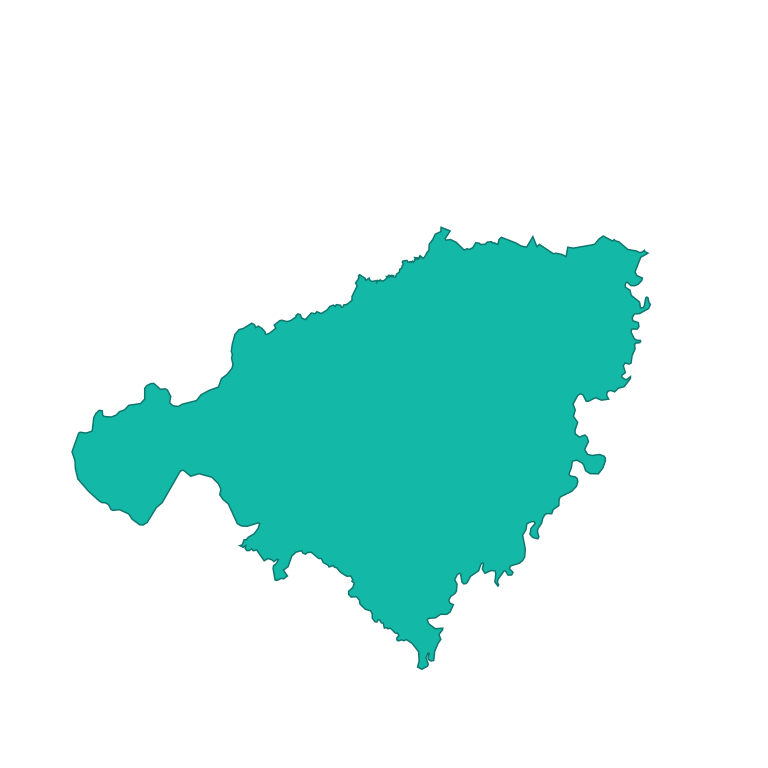 the district of Wiang Sa, Surat Thani, Thailand, rotated 213°
{"feature_id": "78962969B32749980960035", "entity_name": "Wiang Sa", "entity_type": "district", "adm_level": 2, "iso_a3": "THA", "parent_name": "Thailand", "parent_adm1": "Surat Thani", "projection": "natural_earth1", "projection_center": [99.354, 8.589], "detail": "fine", "context": "isolated", "style": "filled", "palette": "teal", "viewbox_px": 768, "rotation_deg": 213, "n_neighbors": 0, "source": "geoboundaries", "source_scale": "gbopen_adm2", "svg_char_len": 6171}
<svg xmlns="http://www.w3.org/2000/svg" viewBox="0 0 768 768"><g transform="rotate(213 384 384)"><path d="M201.7,164.9L196.9,165.4L193.8,171.0L194.3,173.1L199.9,177.4L200.5,182.5L199.2,182.7L198.1,178.5L196.5,177.2L194.0,177.2L191.7,179.2L195.8,187.1L197.4,195.5L197.3,200.8L201.5,203.8L201.0,209.6L201.7,211.2L207.7,206.7L216.0,207.3L219.4,209.8L218.9,211.7L213.4,216.1L211.2,221.6L205.9,225.0L204.4,228.7L205.6,236.7L209.6,236.2L212.1,238.2L212.2,242.4L210.4,247.2L210.4,249.6L213.7,255.8L218.2,258.5L218.7,264.1L217.8,266.2L216.5,266.6L210.8,260.4L208.3,259.8L206.6,261.2L206.1,263.1L206.7,269.9L202.9,278.9L204.6,285.4L203.7,287.7L202.6,287.4L200.7,282.3L196.2,280.2L192.6,285.9L189.0,287.8L186.8,285.6L183.1,278.3L178.4,276.6L178.4,277.9L180.9,279.5L182.0,282.1L181.5,292.7L180.4,293.4L175.8,291.3L172.9,293.4L173.2,296.3L178.2,297.4L178.9,300.3L172.9,307.3L171.7,310.9L171.7,315.3L175.5,322.4L185.3,332.6L185.7,339.4L188.1,344.7L185.2,349.0L182.8,350.4L181.3,349.1L182.1,342.9L179.7,337.4L175.6,336.3L170.6,338.0L170.9,340.2L174.6,343.4L176.1,346.3L176.0,353.1L177.7,357.8L177.9,361.7L176.8,364.1L172.7,366.5L173.7,370.9L171.1,377.2L174.1,382.2L174.7,385.2L168.1,396.4L166.9,403.0L168.2,407.6L170.6,410.0L173.3,410.2L177.3,408.4L179.7,408.9L181.4,416.2L184.0,421.8L180.7,425.2L175.0,425.7L172.3,424.8L167.7,421.1L162.5,421.0L155.3,425.4L154.7,432.8L156.5,440.2L158.1,442.5L160.2,443.3L164.8,442.3L170.5,437.4L174.8,435.8L180.1,438.4L181.2,447.1L184.6,449.9L187.7,450.7L191.3,445.9L196.6,446.4L198.6,449.3L200.7,457.3L207.4,460.0L209.5,466.4L214.5,470.1L215.3,479.9L214.1,482.7L211.2,483.3L205.0,479.6L203.1,480.9L199.2,487.7L192.8,488.9L187.3,493.7L190.9,495.6L192.2,497.9L192.1,500.2L190.1,502.2L186.2,503.1L185.2,508.1L181.1,512.6L180.3,522.8L181.3,524.4L182.8,520.2L184.1,519.1L188.3,519.3L189.3,520.9L187.7,524.9L193.3,529.7L193.3,532.9L189.4,534.1L188.2,536.2L191.3,542.7L192.6,550.3L195.4,553.6L195.1,555.4L192.1,557.9L191.9,559.6L192.9,560.1L195.7,558.4L198.8,558.3L205.2,562.2L206.1,565.1L201.5,567.9L201.4,570.9L204.1,574.0L209.9,572.6L212.0,575.1L212.2,579.0L208.0,582.3L203.2,591.3L203.9,595.8L206.3,596.8L209.6,600.1L211.0,600.0L211.4,598.8L208.2,591.2L208.3,588.9L210.4,587.6L214.3,591.9L224.9,593.0L228.8,596.6L234.2,596.7L235.8,598.7L236.2,600.8L235.5,601.9L230.7,601.0L227.3,602.9L225.1,606.2L224.2,611.3L225.1,613.6L230.8,612.6L234.5,614.6L237.7,630.0L233.9,637.5L237.2,637.1L238.4,638.0L239.6,634.8L241.3,633.4L244.7,633.1L252.7,629.6L264.4,631.2L268.2,630.0L269.6,630.5L270.0,628.4L280.7,627.5L282.6,622.9L283.4,616.3L284.5,614.7L299.3,601.0L304.4,598.8L300.6,589.9L304.8,589.7L311.1,587.3L313.0,585.5L329.6,585.7L330.6,582.4L339.4,588.7L338.9,576.5L344.5,574.3L350.3,574.1L365.5,570.9L366.2,567.9L364.6,562.9L368.4,562.5L369.8,561.3L371.3,561.9L374.7,559.3L375.1,556.4L379.0,553.6L380.5,554.0L384.0,552.5L383.8,546.7L385.7,543.3L387.9,542.8L389.8,540.0L400.8,542.2L406.9,541.4L410.4,538.3L411.9,539.3L411.9,548.4L421.5,546.5L419.3,542.8L422.6,537.6L421.8,531.8L422.2,525.8L419.0,520.4L419.6,518.1L419.1,512.8L419.5,510.7L423.6,511.3L423.6,509.8L422.7,509.8L423.3,507.0L424.0,506.7L424.4,508.1L427.0,506.8L425.6,506.3L426.2,505.2L425.5,504.6L425.6,502.1L426.9,502.6L427.4,500.8L428.2,501.3L430.0,499.2L432.0,500.2L435.2,497.2L434.9,496.0L433.0,495.3L433.2,493.1L432.2,491.1L433.3,488.8L432.1,486.3L433.3,482.9L432.7,479.7L435.9,478.5L435.4,479.9L437.0,479.1L437.4,477.4L437.8,478.4L439.5,477.5L439.0,476.3L440.4,475.4L439.3,474.8L440.1,471.4L441.2,469.4L443.9,469.3L444.0,467.8L445.5,467.5L445.5,465.7L446.3,466.9L449.9,463.5L452.0,463.2L454.2,464.7L455.5,461.1L457.5,462.4L464.0,462.4L464.3,460.7L463.1,460.0L462.7,458.1L462.9,453.2L460.0,451.8L458.5,440.0L456.4,436.7L458.5,430.5L460.8,428.4L460.4,426.1L461.4,425.1L463.4,426.4L467.2,424.6L467.1,422.5L469.4,422.6L471.7,419.5L472.1,414.9L475.0,408.9L479.7,408.1L480.1,405.4L483.6,404.0L485.0,395.2L488.9,394.5L492.1,396.6L494.4,395.8L495.1,393.6L494.3,392.6L496.8,386.3L499.5,383.4L504.3,381.9L505.9,380.4L508.2,373.6L505.1,371.9L507.6,364.3L509.6,361.5L511.0,361.3L511.9,362.8L516.3,364.1L521.0,364.1L522.3,361.4L524.8,363.1L528.0,363.0L532.2,354.0L535.2,350.7L536.0,344.3L532.9,334.8L529.9,328.3L527.1,326.0L526.0,322.8L521.1,317.8L520.1,314.5L520.7,306.9L523.2,300.0L521.2,291.3L527.3,283.2L531.6,275.2L532.2,268.0L542.1,257.3L544.1,253.3L549.0,250.8L553.6,251.5L556.1,257.4L562.4,261.0L564.8,260.8L568.6,257.8L577.4,259.1L579.6,257.5L582.0,253.6L582.3,250.0L576.5,241.1L577.5,235.0L586.4,227.2L587.5,221.0L590.8,216.7L591.7,212.0L594.7,207.8L600.7,204.5L602.9,204.6L605.8,208.1L608.6,206.7L609.5,202.6L609.1,197.7L603.1,185.6L607.1,180.6L612.5,178.1L613.3,176.4L608.7,157.2L601.3,151.3L596.9,145.1L589.0,137.6L573.2,133.1L559.7,130.9L556.3,130.8L552.6,132.7L549.2,132.8L544.5,130.0L542.3,130.5L537.5,134.5L527.3,136.0L521.6,133.4L512.1,132.9L509.1,134.7L507.2,138.9L507.6,156.5L505.4,163.6L507.4,199.7L505.9,202.1L504.5,202.4L495.8,201.4L490.3,208.0L477.5,212.1L468.4,210.1L463.6,207.0L461.4,201.7L456.0,199.5L449.4,198.7L430.9,187.0L426.2,187.3L421.1,190.3L414.1,198.8L412.3,199.4L410.9,194.2L411.4,187.4L414.4,181.5L414.6,178.4L416.5,177.1L415.3,171.9L416.9,169.9L413.3,170.3L411.9,173.3L410.9,170.5L408.4,169.6L406.4,170.8L405.2,173.7L402.9,172.9L400.5,175.5L388.2,170.5L386.2,174.5L382.0,175.5L379.6,175.0L378.1,179.0L376.9,179.2L376.5,174.4L377.7,171.6L376.5,168.8L368.6,160.3L366.8,160.9L364.4,164.9L362.1,165.9L360.4,170.4L367.0,173.1L365.0,178.5L367.6,189.4L366.2,195.1L362.3,199.3L359.9,198.0L357.1,198.5L356.4,201.0L353.4,203.3L343.8,202.1L341.5,203.4L337.5,201.2L332.1,201.6L330.4,200.6L327.5,204.3L326.0,203.4L323.5,204.1L318.5,202.5L313.0,202.4L310.4,202.6L307.2,204.9L303.6,202.8L303.5,201.1L300.5,200.8L299.3,196.4L300.8,190.9L299.1,188.3L295.4,187.4L291.4,190.6L286.9,189.4L284.2,186.3L276.9,184.9L271.8,186.5L268.6,184.8L266.4,181.3L262.2,179.7L260.4,180.4L260.4,183.2L259.1,183.7L256.2,182.2L254.4,183.0L250.8,179.5L248.9,181.2L247.4,180.8L245.7,182.7L239.0,181.3L236.5,182.3L234.6,181.2L234.9,177.7L233.6,176.3L232.0,176.4L229.9,179.0L227.5,179.5L226.1,181.8L219.2,181.8L209.1,178.3L203.6,170.7L201.7,164.9Z" fill="#14b8a6" stroke="#0f766e" stroke-width="1.5"/></g></svg>